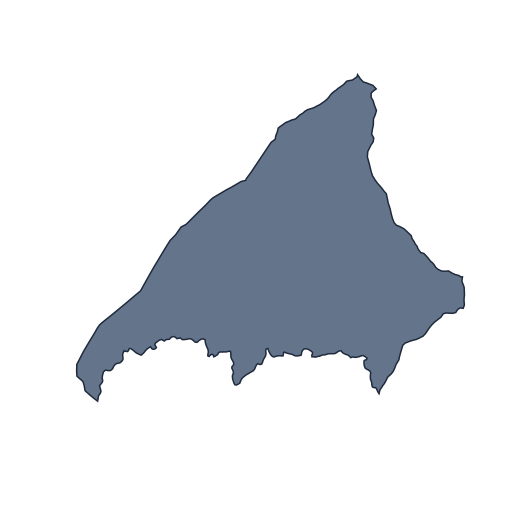 the district of Kabondo Kasipul, Nyanza, Kenya, rotated 169°
{"feature_id": "3690345B44381744243439", "entity_name": "Kabondo Kasipul", "entity_type": "district", "adm_level": 2, "iso_a3": "KEN", "parent_name": "Kenya", "parent_adm1": "Nyanza", "projection": "equal_earth", "projection_center": [34.874, -0.447], "detail": "fine", "context": "isolated", "style": "filled", "palette": "slate", "viewbox_px": 512, "rotation_deg": 169, "n_neighbors": 0, "source": "geoboundaries", "source_scale": "gbopen_adm2", "svg_char_len": 5933}
<svg xmlns="http://www.w3.org/2000/svg" viewBox="0 0 512 512"><g transform="rotate(169 256 256)"><path d="M439.2,143.7L438.5,145.3L437.8,147.4L437.0,149.1L435.4,150.5L434.1,152.4L434.0,154.7L434.2,156.2L434.3,158.5L432.8,159.8L431.2,161.2L430.4,162.4L430.2,163.9L430.3,165.4L429.7,167.4L428.9,169.3L427.9,171.2L426.5,172.2L425.3,172.7L423.3,171.8L421.2,171.3L419.9,171.7L418.5,172.5L417.4,173.9L416.5,175.1L415.4,176.0L414.1,176.8L412.4,177.1L410.8,177.0L409.4,177.3L408.3,178.0L407.2,178.8L406.3,179.9L406.0,181.5L405.9,183.4L405.5,185.3L403.6,188.2L402.5,187.4L401.3,187.0L400.2,186.7L399.0,187.8L398.1,189.3L396.8,189.1L395.6,188.0L394.4,186.7L393.5,185.5L392.3,184.0L390.9,182.8L389.9,182.2L388.7,181.2L387.5,180.6L385.4,181.9L384.2,182.7L383.1,183.7L381.4,185.0L380.2,185.7L378.8,186.4L376.8,187.0L376.1,185.1L375.1,184.2L373.9,183.9L372.4,184.3L371.2,185.1L371.7,186.7L372.3,188.5L371.1,189.8L369.1,190.8L367.7,191.5L366.5,191.9L364.7,192.1L363.4,191.0L362.2,190.0L360.8,190.9L359.3,191.1L357.0,190.8L355.7,191.8L354.5,192.5L353.2,192.6L351.9,192.6L350.6,191.6L349.5,190.0L347.7,189.9L345.8,190.0L344.4,188.0L342.8,187.7L341.1,187.5L339.2,187.5L338.0,187.5L336.8,187.5L335.7,186.9L334.6,186.2L333.5,184.9L332.6,183.4L331.1,182.6L329.7,182.7L328.6,183.7L327.3,184.1L326.0,184.8L324.6,184.8L323.0,184.3L321.8,183.3L322.2,181.6L322.2,179.7L321.9,177.5L321.5,175.5L321.0,173.7L321.0,172.1L321.2,170.7L321.9,168.8L322.4,167.2L321.3,166.3L319.5,167.5L318.1,168.0L316.8,167.0L316.7,165.1L315.5,165.3L314.4,165.8L312.5,166.5L311.3,168.0L310.2,168.6L308.6,168.5L307.1,168.1L305.7,168.0L304.6,167.7L302.7,167.5L300.8,167.7L299.3,167.2L299.3,165.5L299.6,163.5L299.9,161.1L299.6,159.6L299.1,158.1L298.4,155.8L298.6,153.7L299.8,152.7L300.9,151.7L301.1,150.1L300.6,148.7L300.4,147.1L300.5,145.2L301.6,144.0L302.2,142.1L302.4,139.8L302.2,137.6L301.9,135.5L301.4,133.7L299.9,133.1L298.6,133.4L297.5,133.8L296.2,134.2L295.2,135.8L294.1,137.4L293.0,138.6L291.7,139.4L290.6,140.0L289.3,140.7L288.0,141.3L286.7,141.7L285.0,142.3L283.3,143.0L281.7,143.4L280.2,144.1L278.8,145.4L277.8,147.0L276.6,148.7L274.9,150.0L273.0,148.8L271.2,148.7L270.1,150.0L269.1,151.9L267.9,153.6L266.9,154.6L265.7,156.1L264.9,157.9L264.6,159.7L264.5,161.6L263.7,162.7L262.1,163.0L261.6,160.3L261.1,158.2L260.5,156.6L259.8,155.1L258.6,153.9L257.5,153.4L256.2,153.7L254.1,153.8L252.4,153.7L251.1,153.4L250.0,153.0L248.5,152.8L247.8,154.5L247.3,156.1L246.2,156.2L245.1,155.2L244.0,154.7L242.5,153.9L240.7,153.2L239.4,152.6L238.1,151.6L236.8,150.6L235.6,150.3L234.1,149.9L232.5,150.0L230.8,149.9L230.0,151.3L229.3,153.3L227.8,154.9L226.4,155.5L225.0,155.4L223.3,154.9L221.6,153.6L220.2,152.3L218.9,150.6L219.3,149.1L220.2,148.0L220.3,146.3L218.9,146.2L217.5,145.5L216.3,145.4L214.7,145.6L212.7,145.5L210.8,145.9L209.3,146.2L207.4,145.8L205.7,146.0L204.0,146.2L201.6,145.9L200.0,145.6L198.6,145.3L197.2,145.2L195.4,145.7L193.6,146.6L192.4,146.8L190.6,146.8L189.8,145.1L188.9,143.9L187.3,142.8L186.1,142.0L184.7,141.3L183.6,140.0L182.3,138.1L180.5,138.5L179.4,138.1L178.1,137.6L176.6,137.4L175.4,137.5L173.9,137.5L172.3,137.8L171.1,138.0L170.0,137.8L168.6,136.9L167.6,135.8L166.5,134.5L167.3,133.2L168.5,133.1L169.8,132.7L170.3,131.1L170.6,129.0L170.6,126.9L170.1,125.0L169.1,123.9L167.8,123.0L166.4,121.6L165.6,119.7L166.5,117.1L167.0,114.6L167.1,112.7L166.7,111.0L166.6,109.3L166.9,107.7L166.7,105.2L165.2,104.2L163.6,103.9L162.9,102.2L162.6,100.6L162.2,99.1L161.5,97.4L159.7,101.2L157.5,103.2L156.5,104.4L155.0,105.7L153.6,107.1L152.2,108.9L149.8,112.0L148.2,113.0L145.8,114.4L143.2,116.7L141.4,119.2L139.2,122.8L135.5,126.9L134.2,130.2L131.8,134.9L128.9,140.4L126.1,142.1L123.7,142.5L121.7,142.9L118.4,143.3L114.5,143.5L111.7,144.2L107.4,145.4L104.7,147.3L103.0,148.9L100.4,151.6L96.9,154.6L93.6,156.9L90.4,158.5L86.2,160.6L83.2,163.6L80.3,163.8L77.1,163.0L74.0,162.2L70.7,162.4L68.4,164.9L65.5,166.1L62.6,165.1L60.8,168.1L60.3,172.5L59.7,175.1L58.8,178.0L58.2,181.8L57.7,185.1L57.8,186.8L58.2,189.0L58.7,192.0L57.3,196.2L58.7,196.3L60.8,198.3L63.9,199.7L67.1,202.0L69.8,204.6L73.5,205.0L76.8,205.9L79.8,208.1L81.7,210.4L82.7,213.1L84.0,215.5L85.9,217.9L87.4,221.1L89.0,223.8L90.7,226.4L93.7,228.0L95.5,231.7L96.1,235.0L97.4,237.4L98.1,240.1L99.4,242.8L99.8,246.5L102.0,249.5L103.6,251.8L105.6,254.5L107.9,256.4L109.9,257.9L112.3,259.4L114.0,262.2L114.8,266.4L115.2,271.0L115.3,275.8L115.6,279.3L116.1,282.4L116.1,286.7L116.2,292.2L118.1,295.5L119.5,298.5L121.3,301.6L122.9,304.3L124.7,308.2L126.3,312.5L126.8,316.4L127.0,320.0L127.2,324.2L127.4,327.7L127.8,332.0L126.3,337.3L124.3,339.9L122.1,342.8L119.2,345.7L117.9,349.4L119.2,353.5L117.5,358.2L115.8,362.3L114.5,368.2L112.0,371.9L110.0,375.8L111.0,381.6L111.4,385.9L112.7,389.8L111.9,393.9L109.5,395.5L106.1,397.1L108.7,401.2L112.1,403.3L115.0,405.1L117.5,406.4L119.7,409.9L121.7,414.6L122.6,412.7L127.8,410.3L130.0,410.4L133.6,410.3L135.9,408.6L137.6,407.4L141.5,405.7L143.6,404.8L145.7,403.5L146.8,403.1L147.9,402.6L150.5,401.2L152.0,400.0L154.5,397.7L156.4,396.3L159.5,394.6L161.3,393.8L164.3,392.5L166.3,391.9L167.5,391.6L170.7,390.6L171.8,390.4L174.6,390.1L177.4,389.8L180.0,388.9L182.7,387.3L186.2,386.0L187.8,385.0L191.0,383.0L194.7,382.7L196.3,382.4L197.8,382.0L201.2,381.4L202.4,380.9L204.3,379.9L207.6,378.5L209.8,377.3L211.3,374.0L213.7,370.1L214.9,366.9L217.8,365.5L219.5,364.7L244.7,339.3L249.9,334.5L250.9,333.5L251.7,332.2L256.3,332.0L266.8,328.3L272.4,326.6L281.1,323.5L287.2,321.3L290.4,319.4L296.0,315.4L304.6,309.8L318.5,300.4L324.1,298.7L330.8,292.2L337.3,287.7L340.8,284.0L343.1,281.5L344.2,280.3L349.6,274.3L358.1,264.9L363.0,259.2L369.6,251.4L376.0,243.8L383.8,239.5L391.4,235.2L402.8,229.0L407.6,226.4L420.1,219.8L422.7,218.2L425.3,215.7L429.9,210.4L436.3,203.4L443.4,195.4L452.7,183.6L453.1,181.4L454.0,177.6L454.7,172.2L452.6,169.3L451.2,167.7L449.8,165.7L449.4,161.9L449.5,156.4L447.3,153.5L445.8,151.5L443.1,148.2L439.2,143.7Z" fill="#64748b" stroke="#1e293b" stroke-width="1.5"/></g></svg>